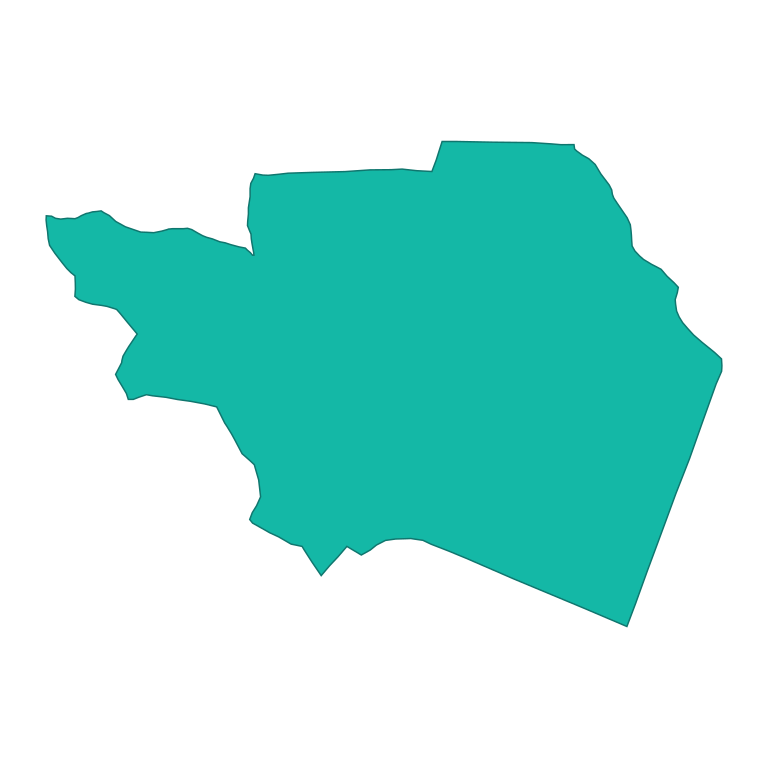 outline of Al-Kahla, Maysan, Iraq
{"feature_id": "34846034B65265349522697", "entity_name": "Al-Kahla", "entity_type": "district", "adm_level": 2, "iso_a3": "IRQ", "parent_name": "Iraq", "parent_adm1": "Maysan", "projection": "orthographic", "projection_center": [47.293, 31.762], "detail": "fine", "context": "isolated", "style": "filled", "palette": "teal", "viewbox_px": 768, "rotation_deg": 0, "n_neighbors": 0, "source": "geoboundaries", "source_scale": "gbopen_adm2", "svg_char_len": 2659}
<svg xmlns="http://www.w3.org/2000/svg" viewBox="0 0 768 768"><path d="M115.6,374.4L118.1,379.6L122.1,386.2L126.4,393.5L128.3,399.4L133.3,399.4L138.9,397.2L146.4,394.7L152.6,395.8L166.0,397.3L177.5,399.5L190.5,401.3L204.5,403.9L216.7,406.9L219.8,413.1L224.7,423.0L226.9,426.3L231.6,434.0L234.4,439.1L242.1,453.7L249.6,460.3L254.3,464.7L255.9,470.3L258.7,480.0L260.6,496.8L256.6,505.7L252.3,512.6L249.7,519.5L252.6,523.1L261.0,527.8L269.8,532.8L278.7,536.9L291.1,544.1L302.1,546.4L304.0,549.6L312.2,562.4L321.2,575.6L329.7,565.6L337.9,556.9L346.9,546.4L361.3,555.0L370.3,550.0L376.5,545.0L385.5,540.4L395.6,539.0L405.6,538.7L410.8,538.5L413.9,539.0L422.9,540.3L431.1,544.2L448.3,550.9L466.0,558.2L514.4,579.2L581.8,607.3L626.9,626.5L636.0,602.4L636.4,601.2L647.4,570.7L658.1,541.9L667.8,515.6L675.8,493.8L689.6,458.5L703.0,420.6L716.1,384.0L721.6,371.3L721.8,368.2L721.9,365.5L721.5,358.9L714.5,352.4L701.9,342.2L693.5,334.9L687.5,328.3L682.6,322.6L679.1,316.9L676.6,311.1L675.6,304.2L675.2,299.6L677.3,292.7L678.3,287.3L674.1,282.8L667.1,276.3L661.1,269.3L656.6,266.9L651.7,264.4L643.6,259.5L639.5,255.9L634.9,251.0L632.1,246.0L631.7,240.7L631.4,235.0L631.0,230.4L630.3,224.7L627.1,217.7L617.3,203.4L613.8,198.1L612.4,194.4L611.7,189.9L609.2,185.0L600.8,173.9L595.2,164.5L588.9,158.8L582.3,155.1L576.7,151.0L574.6,149.0L574.0,144.6L561.1,144.7L551.4,143.9L531.7,142.6L493.0,142.2L456.8,141.5L442.1,141.5L436.2,160.1L431.9,171.5L416.7,170.7L402.1,169.1L391.1,169.7L370.0,169.9L345.0,171.6L312.4,172.4L288.1,173.2L278.5,174.3L268.4,175.3L262.9,175.1L255.1,173.7L253.5,178.3L250.8,183.4L250.1,188.6L250.1,196.7L248.4,207.8L248.4,214.0L247.7,221.3L247.5,225.6L249.3,230.1L251.0,234.1L251.3,238.8L252.0,243.4L253.2,250.1L253.7,252.6L253.9,255.2L252.5,255.2L250.3,252.6L247.3,250.1L245.4,248.1L239.1,246.9L230.6,244.6L225.1,242.8L219.8,241.8L212.4,238.9L206.6,237.3L202.6,235.7L198.0,233.2L191.8,229.6L187.5,228.3L183.2,228.7L177.0,228.7L172.5,228.7L168.4,229.1L167.5,229.5L161.8,231.1L153.7,232.7L146.5,232.3L140.8,232.1L133.5,229.6L125.4,226.8L115.8,221.5L109.4,215.6L103.9,212.7L101.2,210.9L96.5,211.5L92.4,211.9L88.4,213.1L86.2,213.5L81.2,215.7L78.1,217.5L75.0,218.7L71.7,218.5L67.4,218.3L60.7,219.1L55.5,218.3L51.6,216.2L46.3,215.8L46.1,220.0L46.7,225.7L47.6,231.6L48.2,238.7L49.6,245.4L54.9,253.3L62.3,262.9L66.9,268.6L71.0,272.7L75.0,275.9L75.3,283.0L75.4,289.1L74.9,296.4L78.9,299.7L85.9,302.3L92.6,304.2L101.6,305.4L107.1,306.4L115.2,308.9L116.7,309.5L120.3,313.6L127.9,322.9L135.6,332.1L137.2,334.1L135.6,336.3L131.4,342.6L128.7,346.6L125.6,351.7L123.0,356.2L121.9,360.6L121.7,362.6L115.6,374.4Z" fill="#14b8a6" stroke="#0f766e" stroke-width="1.5"/></svg>